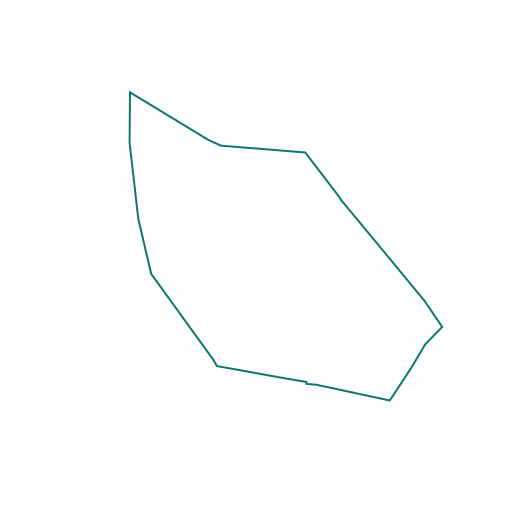 the district of Baruun-Urt, Sühbaatar, Mongolia, rotated 33°
{"feature_id": "93677404B37719399531213", "entity_name": "Baruun-Urt", "entity_type": "district", "adm_level": 2, "iso_a3": "MNG", "parent_name": "Mongolia", "parent_adm1": "Sühbaatar", "projection": "natural_earth1", "projection_center": [113.3, 46.656], "detail": "fine", "context": "isolated", "style": "outline", "palette": "teal", "viewbox_px": 512, "rotation_deg": 33, "n_neighbors": 0, "source": "geoboundaries", "source_scale": "gbopen_adm2", "svg_char_len": 571}
<svg xmlns="http://www.w3.org/2000/svg" viewBox="0 0 512 512"><g transform="rotate(33 256 256)"><path d="M377.0,331.0L446.7,304.4L446.8,303.5L447.0,295.6L447.1,263.7L446.0,237.9L450.8,214.1L421.9,201.9L331.2,173.4L295.6,162.3L295.3,161.7L240.9,142.4L209.9,159.1L166.6,182.5L162.7,183.1L152.9,184.6L129.9,185.3L61.2,187.4L88.4,230.0L118.0,265.8L120.8,269.3L137.0,288.9L157.5,308.6L177.9,328.1L197.4,335.6L246.2,354.5L276.8,366.3L283.1,369.6L283.4,369.5L326.5,351.4L343.7,344.2L366.9,334.2L367.9,335.8L377.0,331.0Z" fill="none" stroke="#0f766e" stroke-width="2"/></g></svg>